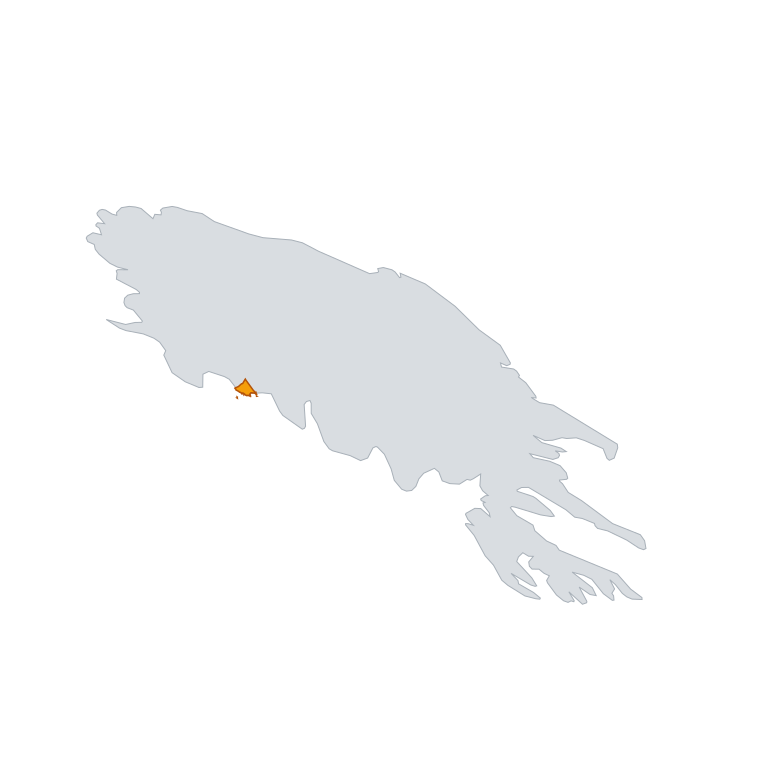 location of Tjörneshreppur, Norðurland eystra, Iceland, rotated 213°
{"feature_id": "244011B23966539039805", "entity_name": "Tjörneshreppur", "entity_type": "district", "adm_level": 2, "iso_a3": "ISL", "parent_name": "Iceland", "parent_adm1": "Norðurland eystra", "projection": "equal_earth", "projection_center": [-17.235, 66.145], "detail": "fine", "context": "in_parent", "style": "filled", "palette": "amber", "viewbox_px": 768, "rotation_deg": 213, "n_neighbors": 0, "source": "geoboundaries", "source_scale": "gbopen_adm2", "svg_char_len": 6249}
<svg xmlns="http://www.w3.org/2000/svg" viewBox="0 0 768 768"><g transform="rotate(213 384 384)"><path d="M594.9,296.9L601.9,297.1L613.2,294.9L629.4,288.3L636.3,286.8L652.1,286.8L633.1,293.2L626.1,300.2L620.8,303.7L620.9,305.2L634.5,309.5L641.0,308.1L643.8,308.7L646.5,310.7L648.3,314.7L647.3,318.9L643.5,323.1L638.3,326.6L639.0,327.7L643.3,328.3L665.5,326.2L668.1,331.4L670.2,333.1L669.6,334.8L660.9,340.4L671.2,336.9L679.5,335.9L693.6,337.7L699.5,339.7L703.0,343.2L710.0,342.1L713.2,344.2L713.4,346.3L710.5,352.3L702.2,355.3L707.4,359.6L711.6,359.7L712.4,360.7L712.0,363.2L705.6,366.3L716.4,369.6L717.8,370.9L717.3,374.7L715.5,376.9L712.3,378.2L704.6,378.4L700.0,379.9L701.7,382.2L700.3,388.8L694.4,394.2L688.8,397.1L683.3,398.9L667.8,396.8L668.6,401.5L663.1,404.4L664.2,406.8L666.2,408.0L665.3,411.1L658.4,417.5L653.4,419.6L643.5,422.1L629.3,427.9L614.8,427.8L579.2,436.2L565.2,440.8L540.0,454.4L529.3,458.0L511.1,459.7L456.2,468.7L450.0,474.1L449.7,475.3L452.1,477.4L448.0,481.3L439.6,484.1L435.7,484.0L428.9,481.7L428.0,482.8L430.8,485.7L403.8,490.4L366.6,487.9L333.8,481.2L307.6,479.8L289.5,470.5L289.0,469.1L291.1,466.2L297.8,465.1L294.7,462.2L283.4,467.2L279.8,467.0L275.1,465.0L275.0,463.1L265.8,462.3L250.0,456.4L248.8,455.1L252.7,453.1L252.0,452.8L243.3,453.1L230.5,458.5L155.6,460.6L153.2,457.8L150.6,447.2L153.5,442.7L156.5,443.1L165.0,449.1L185.2,445.8L193.4,443.6L201.1,437.8L205.5,435.9L211.9,428.7L218.2,424.2L231.0,422.1L219.7,420.8L200.7,426.6L194.3,426.6L197.4,424.1L204.0,421.2L199.5,421.0L197.9,419.7L197.8,417.0L201.3,412.7L223.8,405.0L218.7,403.5L203.1,409.4L191.8,411.4L182.8,408.8L178.6,405.1L178.9,403.6L184.5,399.0L183.7,398.1L180.0,397.6L170.4,393.4L154.8,393.8L116.3,391.4L86.9,397.2L80.1,394.5L74.7,388.7L76.1,386.4L81.2,385.2L95.4,385.3L116.5,382.6L126.2,379.2L129.8,380.1L131.5,381.7L144.5,379.2L151.5,376.2L163.0,377.6L206.5,376.0L212.3,372.1L214.8,367.5L213.8,366.6L197.7,370.8L194.1,370.8L175.7,368.5L169.2,366.0L171.5,363.9L181.4,359.5L206.7,352.2L210.2,350.8L210.6,349.0L200.9,345.9L182.2,346.8L177.6,343.1L162.2,340.9L151.8,342.3L146.5,340.1L84.8,351.7L65.4,346.3L51.4,345.4L50.2,343.8L58.8,338.7L64.4,337.7L70.1,338.2L80.7,341.8L88.0,342.9L79.0,337.7L78.9,332.6L76.1,331.4L73.4,328.0L74.7,326.9L85.8,327.6L103.3,333.4L112.2,332.4L123.8,328.7L98.3,326.6L90.8,322.1L96.5,319.7L109.7,320.0L95.5,312.2L94.9,310.9L97.6,307.4L115.8,310.4L106.4,305.8L106.2,304.8L109.0,304.0L110.7,301.1L115.3,300.0L124.5,301.0L138.6,306.3L140.6,307.8L140.9,313.2L146.5,312.4L153.2,313.1L159.0,309.4L162.8,310.3L165.7,313.6L164.9,320.8L169.0,318.3L175.7,318.1L177.1,312.2L176.0,307.4L154.4,301.9L146.0,297.9L147.1,296.6L151.4,295.4L174.3,294.4L164.6,292.1L162.3,289.7L145.0,290.6L136.3,289.6L136.1,288.4L139.7,286.6L150.4,283.0L170.4,282.6L178.4,283.6L193.5,291.7L205.6,295.0L225.9,306.1L238.9,310.3L239.5,311.4L237.3,312.7L232.1,314.2L239.9,316.1L244.6,319.0L244.8,320.2L240.1,329.2L235.0,332.2L222.8,330.5L225.6,333.3L234.3,336.4L236.2,338.1L234.8,339.8L239.0,339.2L240.3,340.2L238.2,345.4L235.9,347.2L243.2,348.2L248.1,350.8L253.9,361.2L257.5,353.2L259.3,350.3L262.4,349.2L266.2,341.1L274.6,336.3L282.4,334.5L290.1,340.1L295.8,340.7L302.1,330.8L303.1,323.5L301.5,315.5L302.8,309.8L306.8,306.4L311.9,305.4L322.9,308.8L331.8,316.7L345.4,325.3L355.0,327.5L356.7,327.2L358.5,324.4L357.4,313.0L361.9,307.0L373.4,305.5L390.7,300.0L394.7,299.8L403.1,303.0L418.2,314.4L429.0,319.7L434.6,328.2L437.1,329.8L439.5,327.1L439.8,323.3L426.8,305.9L426.6,303.5L427.9,301.6L451.6,302.5L456.9,304.5L473.2,314.4L481.3,310.3L497.3,298.6L502.8,299.0L516.4,303.7L521.9,303.3L537.8,299.1L541.2,293.6L534.3,282.6L537.2,280.3L551.9,277.6L567.9,278.1L584.4,288.3L585.2,293.1L594.9,296.9Z" fill="#d9dde1" stroke="#a8b0b8" stroke-width="1"/><path d="M506.8,299.5L506.8,299.4L506.7,299.4L506.4,299.1L506.1,299.0L505.6,298.9L505.4,298.9L505.2,298.8L505.1,298.7L504.9,298.6L504.7,298.5L504.7,298.4L504.4,298.4L504.2,298.4L503.8,298.5L503.7,298.5L503.4,298.5L503.1,298.6L502.8,298.6L502.7,298.6L502.4,298.5L502.1,298.6L501.9,298.6L501.6,298.5L501.4,298.6L501.2,298.6L500.9,298.6L500.6,298.5L500.4,298.7L500.1,298.7L500.0,298.8L499.9,298.8L499.5,298.7L499.4,298.7L499.1,298.7L499.0,298.8L498.9,298.7L498.6,298.7L498.4,298.6L498.2,298.6L497.9,298.5L497.9,298.4L497.7,298.3L497.6,298.5L497.8,298.8L498.0,298.8L498.0,299.0L497.8,299.3L497.7,299.4L497.6,299.5L497.3,299.6L497.2,299.6L496.9,299.7L496.6,299.7L496.4,299.7L496.2,299.6L495.9,299.6L495.7,299.6L495.4,299.6L495.2,299.6L494.9,299.4L494.8,299.2L494.7,299.2L494.4,299.3L494.2,299.3L493.9,299.3L493.7,299.4L493.4,299.4L493.3,299.5L493.1,299.4L493.0,299.5L492.9,299.5L492.6,299.7L492.5,299.8L492.4,299.8L492.2,299.9L492.1,300.0L492.1,300.3L491.9,300.4L491.8,300.5L491.6,300.5L491.4,300.5L491.1,300.6L490.9,300.7L490.8,300.8L490.7,300.8L490.7,300.7L490.4,300.8L490.2,300.8L490.3,300.9L490.4,301.0L490.2,301.1L489.9,301.4L489.9,301.5L490.0,301.6L489.9,301.7L490.0,301.8L490.3,302.0L490.5,302.0L490.8,302.1L491.0,302.2L491.0,302.3L490.9,302.5L491.0,302.6L491.0,302.8L490.9,303.0L490.7,303.3L490.7,303.5L490.8,303.6L490.8,303.8L490.9,304.0L490.7,304.3L490.4,304.5L490.0,304.7L489.9,304.8L489.7,304.8L489.4,305.0L488.9,305.0L488.7,305.3L488.5,305.5L488.4,305.5L488.1,305.7L487.9,305.7L487.3,305.8L486.8,305.9L486.4,305.9L485.8,305.7L485.7,305.6L485.4,305.7L485.1,305.8L485.1,306.0L485.3,306.1L485.5,306.2L485.8,306.2L485.8,306.3L486.0,306.4L486.0,306.5L485.9,306.7L485.9,306.8L485.9,306.7L486.0,306.7L486.3,306.7L486.4,306.8L486.4,306.7L486.5,306.7L486.8,306.7L487.0,306.7L487.1,306.8L487.3,306.9L487.5,306.9L487.8,307.0L488.0,307.0L488.3,307.0L488.5,307.1L488.5,307.3L488.9,307.3L489.0,307.3L489.3,307.3L489.5,307.3L489.8,307.3L490.0,307.4L490.1,307.5L501.8,312.0L503.0,312.6L503.0,312.0L502.8,307.5L503.0,307.3L503.1,307.0L503.6,306.6L503.7,306.3L504.7,302.6L506.6,299.7L506.8,299.5ZM484.1,304.5L484.3,304.4L484.2,304.3L484.0,304.5L484.1,304.5ZM499.6,292.3L499.4,292.3L499.5,292.4L499.6,292.3ZM499.9,293.1L500.0,293.1L499.9,293.0L499.9,293.1ZM495.9,299.0L495.8,298.9L495.8,299.0L495.7,299.0L495.9,299.0ZM490.4,300.7L490.5,300.7L490.4,300.7L490.4,300.7ZM489.5,301.7L489.4,301.7L489.5,301.7L489.5,301.7ZM489.8,301.4L489.7,301.4L489.8,301.5L489.8,301.4Z" fill="#f59e0b" stroke="#b45309" stroke-width="1.5"/></g></svg>